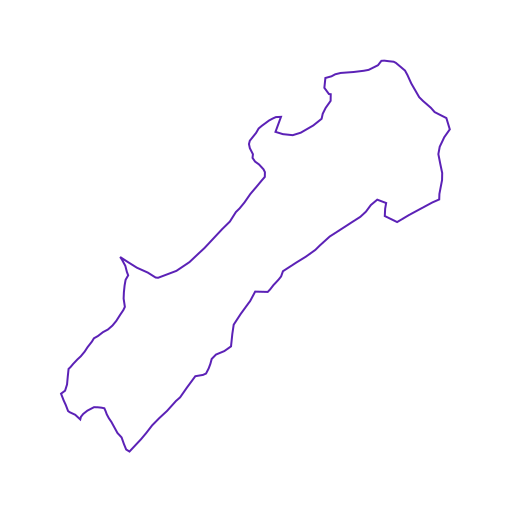 Rania, As-Sulaymaniyah, Iraq, rotated 96°
{"feature_id": "34846034B64750454445952", "entity_name": "Rania", "entity_type": "district", "adm_level": 2, "iso_a3": "IRQ", "parent_name": "Iraq", "parent_adm1": "As-Sulaymaniyah", "projection": "albers", "projection_center": [44.943, 36.167], "detail": "fine", "context": "isolated", "style": "outline", "palette": "violet", "viewbox_px": 512, "rotation_deg": 96, "n_neighbors": 0, "source": "geoboundaries", "source_scale": "gbopen_adm2", "svg_char_len": 2270}
<svg xmlns="http://www.w3.org/2000/svg" viewBox="0 0 512 512"><g transform="rotate(96 256 256)"><path d="M413.3,435.5L419.7,432.2L424.1,429.6L429.8,426.7L430.8,425.0L432.8,419.2L436.9,413.7L434.2,413.3L431.1,411.3L427.4,407.5L423.3,401.3L423.0,397.5L423.0,393.8L423.3,390.9L426.3,389.2L429.0,387.9L432.7,385.4L436.1,382.5L446.5,375.3L450.5,370.7L456.6,367.8L462.0,364.9L463.7,361.4L450.1,351.1L443.4,346.6L435.3,341.6L427.5,335.4L419.4,328.3L408.5,320.4L404.5,316.7L394.0,310.9L381.9,303.8L379.8,296.3L378.1,293.4L372.7,291.3L368.0,290.1L363.0,289.3L358.2,285.5L353.9,277.6L348.5,271.4L336.0,271.4L326.6,271.0L315.1,265.1L303.7,258.5L301.6,257.2L291.5,253.1L290.5,240.6L287.8,238.5L283.1,235.6L280.5,233.6L277.0,231.0L273.7,228.9L268.3,227.6L258.2,215.1L251.5,206.4L243.7,197.6L238.7,193.5L228.9,184.7L221.2,175.1L212.8,164.7L206.1,156.3L200.4,151.3L193.3,147.1L187.3,141.3L189.7,132.1L195.4,132.5L202.8,132.1L207.5,119.2L199.1,107.9L184.3,86.2L180.6,79.7L175.1,80.1L161.0,78.9L154.0,79.5L145.0,82.4L135.6,85.3L128.1,84.7L122.8,82.8L118.2,81.2L109.8,76.5L98.9,81.1L95.6,89.8L95.5,90.0L94.2,93.4L90.4,97.5L84.3,106.2L81.0,110.3L68.2,119.6L60.2,124.3L56.0,127.2L49.3,137.1L48.4,139.4L48.4,144.7L48.3,148.8L48.8,151.7L53.5,154.6L59.1,163.4L60.5,168.1L62.8,178.1L65.1,190.9L67.0,196.2L69.4,199.7L71.7,205.6L81.6,205.6L87.3,200.4L87.3,198.6L93.9,198.0L101.4,202.2L107.5,204.5L112.7,205.1L120.2,212.7L128.7,224.4L132.0,232.1L132.0,242.0L130.5,249.6L115.0,245.7L115.8,250.8L117.5,253.7L119.8,257.1L125.9,263.8L128.9,266.7L133.6,268.8L142.0,274.2L145.4,274.7L149.4,273.4L155.1,269.7L158.8,269.7L162.2,266.8L164.6,262.6L169.0,257.6L171.7,255.9L176.4,255.5L180.7,258.5L185.1,261.4L194.9,268.1L204.0,273.1L210.4,277.3L214.4,280.6L224.5,285.6L232.6,292.3L253.5,308.1L259.2,313.1L269.0,321.5L279.1,333.6L287.9,351.1L287.9,353.6L283.8,361.9L280.1,373.2L275.4,382.8L271.2,391.0L273.4,389.1L279.5,384.9L285.2,382.8L288.6,381.1L293.3,383.2L299.0,383.6L305.8,383.6L312.2,383.2L320.3,381.1L323.7,382.3L328.4,384.8L335.2,388.2L340.2,391.5L344.6,395.6L347.7,400.2L352.1,404.8L354.8,408.6L358.2,410.2L364.3,414.0L369.0,416.4L374.1,419.8L377.4,422.7L382.2,426.4L385.9,428.9L387.9,430.6L395.4,430.6L403.5,430.5L409.9,431.8L413.3,435.5Z" fill="none" stroke="#5b21b6" stroke-width="2"/></g></svg>